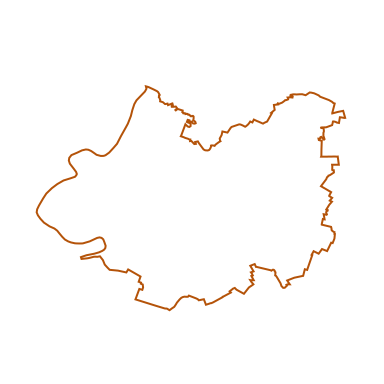 outline of Bac Ninh, Bắc Ninh, Vietnam, rotated 281°
{"feature_id": "81297802B63234506717185", "entity_name": "Bac Ninh", "entity_type": "district", "adm_level": 2, "iso_a3": "VNM", "parent_name": "Vietnam", "parent_adm1": "Bắc Ninh", "projection": "equal_earth", "projection_center": [106.088, 21.175], "detail": "fine", "context": "isolated", "style": "outline", "palette": "amber", "viewbox_px": 384, "rotation_deg": 281, "n_neighbors": 0, "source": "geoboundaries", "source_scale": "gbopen_adm2", "svg_char_len": 6008}
<svg xmlns="http://www.w3.org/2000/svg" viewBox="0 0 384 384"><g transform="rotate(281 192 192)"><path d="M286.9,126.6L284.7,127.6L281.6,126.6L271.4,120.0L267.2,118.6L260.9,117.8L254.9,117.5L246.8,116.0L243.3,114.9L233.3,111.6L225.0,109.2L220.3,106.5L214.9,103.2L211.6,100.1L210.6,98.4L210.1,96.1L210.0,95.4L210.3,91.2L211.3,89.1L213.0,85.2L213.7,82.2L213.5,79.7L211.9,76.1L208.7,71.8L205.2,66.6L202.1,65.0L199.4,65.1L196.5,66.7L192.0,71.8L189.6,74.4L187.7,75.5L186.3,75.2L184.6,74.2L182.3,70.2L178.8,63.7L174.1,58.3L169.0,53.7L162.7,49.3L157.3,47.1L149.6,44.4L145.5,43.3L142.4,43.4L139.7,45.2L136.8,48.3L133.7,52.5L131.1,58.7L129.9,63.9L128.3,67.1L125.9,69.9L123.3,73.1L121.1,76.3L119.9,79.8L119.4,82.8L119.3,87.0L119.9,91.0L120.7,94.6L124.0,101.0L128.8,107.6L129.8,109.9L129.7,112.0L128.6,113.9L126.3,115.4L122.7,117.5L120.5,117.6L118.7,116.8L117.1,115.2L115.0,112.2L112.8,107.9L109.8,100.5L106.9,95.4L105.2,96.3L106.9,101.8L107.6,103.6L109.7,108.0L110.1,109.7L110.3,111.4L111.3,113.9L108.1,117.6L107.0,118.3L104.1,120.2L101.7,123.4L99.9,126.0L100.7,134.4L100.5,142.9L103.8,144.1L99.2,157.6L93.7,156.8L93.3,159.3L92.2,159.3L91.8,161.3L89.0,162.2L86.5,161.9L86.8,158.8L75.8,157.0L73.4,178.4L72.5,187.3L72.5,187.9L72.7,189.0L72.7,189.8L71.7,192.5L71.9,192.7L73.8,194.4L75.9,196.5L78.5,197.6L80.5,198.3L84.1,200.3L86.1,201.7L87.1,203.0L87.8,204.5L88.2,207.3L88.5,208.1L89.7,208.7L88.4,216.1L87.9,218.1L87.0,219.3L89.0,224.1L84.0,227.2L85.7,230.3L86.4,231.4L86.5,232.0L87.0,232.8L87.7,233.8L94.5,242.0L94.7,241.9L95.0,242.1L95.8,243.3L100.7,249.3L101.7,247.9L102.7,248.8L104.3,250.2L104.6,250.4L104.8,250.5L106.0,252.3L104.6,254.3L102.0,262.4L109.2,266.1L112.5,269.4L113.1,269.9L115.2,267.3L116.6,266.0L116.6,266.5L117.2,269.4L120.9,266.3L121.7,267.6L123.6,266.1L124.4,265.2L125.8,267.6L130.7,263.3L133.2,267.3L130.7,269.1L130.8,269.5L130.2,284.1L129.9,284.9L131.0,286.0L131.2,286.3L131.2,287.0L131.0,287.6L130.3,288.3L129.7,288.4L129.2,289.2L128.4,289.4L127.6,289.4L126.5,289.6L126.0,289.6L125.7,290.5L124.5,291.7L119.2,296.4L119.0,296.5L116.8,297.7L115.3,299.8L115.7,301.3L118.1,303.0L118.9,302.4L119.5,303.3L120.0,305.6L123.3,302.3L127.4,308.8L130.8,316.8L130.9,317.1L137.7,317.5L137.5,319.9L144.7,320.9L153.0,322.1L153.1,321.4L157.1,322.7L155.6,328.1L160.8,330.5L159.8,335.9L168.8,338.3L168.7,339.8L173.4,340.7L178.0,340.3L178.0,339.8L179.8,339.5L179.8,339.0L180.2,338.0L181.0,336.5L181.7,336.2L183.0,335.8L183.9,335.4L184.0,335.2L184.3,335.1L184.7,325.6L185.0,325.5L190.4,325.6L190.3,326.3L190.4,327.4L195.3,325.5L195.3,328.4L195.7,328.7L197.3,327.7L197.5,327.6L199.3,327.7L199.4,328.6L200.1,328.7L200.5,327.2L205.7,329.2L209.2,331.2L209.8,328.9L213.0,330.7L214.2,327.5L214.7,327.4L218.4,328.6L222.3,317.5L230.1,321.3L231.5,321.6L232.2,321.7L233.4,322.7L234.1,322.8L234.6,323.8L235.1,324.4L238.1,327.5L238.4,327.6L240.4,327.0L240.2,325.7L240.5,325.4L243.7,324.9L245.5,324.3L246.8,330.9L254.6,328.3L254.4,327.8L254.1,325.6L251.7,314.1L251.3,312.0L252.1,312.1L252.7,312.0L258.8,310.9L267.0,309.6L267.2,306.6L268.5,306.0L268.7,307.2L269.0,307.5L270.1,307.5L270.4,307.7L270.8,308.4L268.6,311.2L268.6,311.6L269.2,312.0L272.2,310.3L272.7,310.1L273.2,310.1L274.2,309.9L275.2,309.7L276.3,309.9L277.2,309.8L278.7,309.3L279.4,309.0L279.9,308.9L279.5,307.1L279.5,306.8L279.5,306.6L279.8,306.4L280.0,306.5L281.1,311.3L281.9,312.7L284.4,316.8L286.2,316.9L287.8,316.9L288.1,316.9L288.2,317.0L288.3,318.6L288.1,320.1L287.8,320.8L287.8,321.3L287.8,323.1L293.6,322.9L293.7,323.8L293.8,327.6L294.0,328.2L300.5,324.9L298.3,319.6L295.9,314.7L296.2,314.6L306.1,315.2L306.3,314.0L306.3,313.7L306.5,313.5L307.3,312.1L307.7,310.9L307.7,310.7L308.2,309.5L308.4,308.7L310.0,299.5L310.3,299.2L310.5,298.7L311.0,298.0L312.1,293.5L312.2,293.0L312.3,289.8L312.2,289.5L312.2,288.6L311.4,287.8L308.7,285.1L309.0,281.5L308.5,279.1L307.7,276.1L307.3,273.2L306.9,272.0L306.4,271.9L306.4,270.7L306.0,270.2L305.3,270.2L304.8,270.4L304.7,270.7L304.8,272.6L303.9,272.6L303.7,270.2L303.0,267.9L302.2,268.6L301.3,268.7L300.2,267.0L300.0,266.0L299.7,265.9L297.0,263.5L295.3,260.9L295.4,259.6L294.9,259.7L294.7,259.3L294.3,259.6L293.1,255.8L291.8,256.2L288.4,257.5L284.8,254.6L284.6,255.4L275.5,252.3L274.1,250.3L273.3,249.3L272.7,248.7L272.8,248.0L273.1,246.7L273.8,243.7L273.9,242.9L274.9,238.9L271.8,238.0L272.3,235.7L270.4,234.9L268.8,234.0L268.3,233.6L266.9,232.5L266.2,231.7L267.0,229.1L267.5,226.8L267.4,225.4L263.4,218.4L262.1,217.6L257.1,215.5L257.2,210.3L253.5,210.2L249.8,209.0L248.2,209.6L247.6,209.8L247.3,210.2L245.7,208.5L243.6,206.6L242.6,205.8L242.3,205.7L241.6,205.4L241.7,204.6L241.7,204.1L241.6,203.2L241.5,202.4L241.2,201.8L240.6,202.0L240.0,202.0L238.1,201.6L236.6,200.9L235.8,199.6L235.5,197.7L235.5,196.7L236.0,195.2L238.1,192.9L239.1,191.8L241.3,189.4L242.8,188.1L241.7,185.6L240.0,186.6L239.5,185.1L242.0,181.6L241.6,180.4L243.2,180.3L243.1,179.4L243.2,178.8L243.5,177.9L243.8,175.0L244.2,173.4L244.6,170.4L245.7,170.7L257.2,172.6L255.5,175.2L255.3,176.9L256.3,178.0L258.1,177.8L259.1,177.1L259.5,174.7L259.8,173.6L262.0,174.0L261.9,175.6L261.0,175.5L260.9,178.5L260.3,178.5L259.5,180.0L259.6,181.6L260.2,182.5L261.3,182.0L261.7,181.6L262.0,181.0L262.6,179.5L264.0,179.6L266.3,179.2L266.7,178.8L266.9,178.3L266.1,176.6L266.1,176.4L266.3,176.1L266.7,175.9L266.8,175.5L266.8,175.1L267.0,174.9L267.3,174.6L267.4,174.3L267.1,173.5L267.8,172.8L267.8,172.6L267.8,172.4L267.4,171.2L267.7,171.2L267.7,170.5L267.9,170.4L267.9,169.7L267.6,169.7L267.6,168.4L268.3,168.2L268.5,167.3L270.2,167.3L270.8,162.1L269.0,160.5L269.2,160.1L269.4,160.0L270.8,161.2L271.4,161.4L272.8,159.8L272.0,157.2L271.8,155.9L272.4,155.7L272.9,156.6L273.5,156.7L274.7,156.1L274.1,155.5L274.9,155.3L272.7,151.9L274.1,151.1L273.2,149.0L273.2,148.8L273.2,148.7L274.6,146.3L274.9,143.4L276.2,143.3L276.5,143.0L277.8,142.4L278.5,141.7L278.6,141.4L278.8,141.3L279.5,141.5L279.9,141.3L280.3,141.2L280.6,141.2L280.8,141.3L281.0,141.4L281.2,141.7L283.6,139.7L284.3,138.4L285.3,134.9L286.7,129.3L286.9,126.6Z" fill="none" stroke="#b45309" stroke-width="2"/></g></svg>